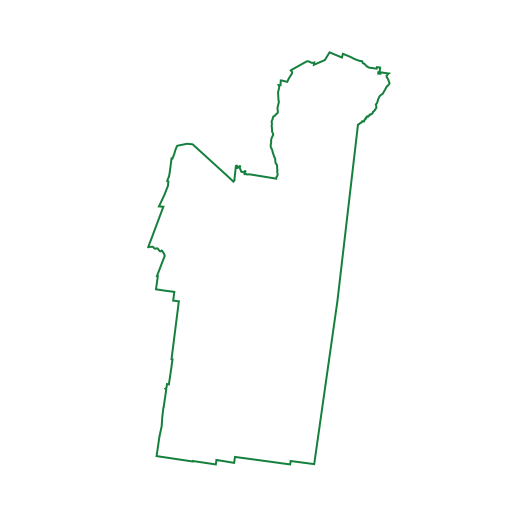 the district of General Pedernera, San Luis, Argentina, rotated 8°
{"feature_id": "61730980B72595291642381", "entity_name": "General Pedernera", "entity_type": "district", "adm_level": 2, "iso_a3": "ARG", "parent_name": "Argentina", "parent_adm1": "San Luis", "projection": "equal_earth", "projection_center": [-65.599, -33.81], "detail": "fine", "context": "isolated", "style": "outline", "palette": "green", "viewbox_px": 512, "rotation_deg": 8, "n_neighbors": 0, "source": "geoboundaries", "source_scale": "gbopen_adm2", "svg_char_len": 5594}
<svg xmlns="http://www.w3.org/2000/svg" viewBox="0 0 512 512"><g transform="rotate(8 256 256)"><path d="M342.6,454.0L342.9,289.5L338.7,111.7L338.8,111.6L339.0,111.5L339.2,111.4L339.4,111.3L339.7,111.0L339.9,110.9L340.0,110.7L340.3,110.3L340.6,110.0L340.8,109.9L341.0,109.7L341.2,109.4L341.7,109.2L341.9,109.1L342.2,108.6L342.3,108.4L342.3,108.1L342.6,108.1L342.9,108.1L343.0,107.8L343.0,107.7L343.6,107.6L344.2,107.6L344.2,107.3L344.3,107.1L344.4,106.8L344.4,106.4L344.5,106.3L344.7,105.9L344.8,105.7L345.2,105.6L345.3,105.5L345.2,105.3L345.2,104.7L345.6,104.4L345.6,104.0L345.8,103.9L346.2,103.6L346.2,103.3L346.2,102.8L346.3,102.7L346.5,102.5L346.6,102.2L346.9,102.1L347.0,102.1L347.3,102.5L347.6,102.5L347.8,102.3L348.3,101.6L348.6,101.1L348.9,100.8L348.9,100.7L348.8,100.3L348.8,100.2L349.0,100.1L349.3,100.2L349.8,100.0L350.0,99.8L350.3,99.4L350.5,99.3L350.8,99.4L351.1,98.9L351.1,98.7L351.4,98.5L351.6,98.2L351.8,97.7L351.9,96.8L352.5,96.3L352.6,96.1L352.8,96.0L353.4,94.9L353.5,94.8L353.5,94.5L353.7,94.3L353.9,93.8L354.2,93.3L354.4,93.1L354.4,92.8L354.5,92.2L354.4,91.6L354.3,91.1L354.2,90.7L353.6,89.5L353.6,89.2L354.0,88.7L354.3,88.2L354.7,87.1L354.8,86.6L354.9,85.9L354.9,85.4L355.0,85.0L355.1,84.1L355.3,83.4L355.5,82.7L355.6,82.0L355.9,81.3L356.2,80.6L356.6,79.9L357.0,79.6L357.5,79.0L358.1,78.4L358.5,77.9L358.9,77.7L359.2,77.2L359.6,75.9L359.8,75.3L360.1,74.7L360.7,73.3L361.0,72.3L361.2,71.8L361.3,71.3L361.6,70.7L361.9,70.1L362.3,69.3L362.6,69.1L363.0,68.8L364.0,67.0L364.2,66.4L363.5,65.0L363.2,64.6L363.1,64.3L362.8,63.8L362.6,63.3L362.0,62.3L360.9,61.1L360.4,60.4L360.2,59.4L360.9,58.5L361.3,57.5L361.8,57.0L362.0,56.8L353.9,56.8L353.9,58.2L351.6,58.3L351.6,56.9L352.8,56.8L352.7,52.1L349.6,52.1L349.4,53.7L341.7,53.7L340.7,53.4L340.2,53.0L339.9,52.9L339.6,52.9L339.4,52.9L339.2,52.7L338.2,51.9L336.9,50.8L336.5,50.5L336.1,50.5L335.5,50.4L335.2,50.3L334.9,50.1L334.7,49.9L334.3,48.6L334.1,48.4L333.2,48.3L332.8,48.3L332.2,48.5L329.8,48.0L328.5,47.8L324.1,46.6L323.5,46.2L321.4,45.6L320.4,45.4L319.9,45.2L316.8,44.4L313.9,43.7L313.5,47.5L300.5,44.1L297.3,51.5L297.0,52.2L296.7,52.5L286.7,58.6L286.7,56.3L286.1,56.6L285.5,56.8L284.4,56.9L284.1,56.9L283.5,56.8L282.0,56.2L281.7,56.0L281.3,56.0L279.5,56.1L279.0,56.3L278.5,56.7L264.6,67.3L266.1,68.7L266.2,70.4L265.2,72.5L263.7,75.9L262.7,79.2L257.0,78.6L256.1,78.7L256.5,83.4L254.6,83.6L255.1,84.3L255.2,84.5L255.4,84.9L255.5,85.3L255.5,85.8L255.1,90.4L255.1,91.2L255.2,91.6L256.5,98.1L256.6,98.5L257.1,99.9L257.2,100.4L257.2,100.8L256.7,105.8L256.7,106.4L256.7,106.8L256.8,107.2L257.6,110.1L257.6,110.6L257.6,111.0L257.4,111.5L257.2,111.7L256.2,112.8L255.9,113.1L255.7,113.6L255.5,114.1L255.3,114.3L254.9,114.7L253.9,115.4L253.8,115.6L253.6,115.9L253.5,116.2L253.4,116.6L253.4,116.8L253.5,117.5L253.5,117.9L253.4,118.3L253.2,118.7L253.1,119.0L252.8,120.6L252.8,120.9L252.9,121.3L253.3,122.4L253.4,122.9L253.4,123.3L253.4,123.8L253.4,125.1L253.4,125.3L253.5,125.5L253.7,126.0L253.8,126.3L254.5,129.8L254.5,130.0L254.6,130.4L254.7,130.7L256.0,132.8L256.1,133.0L256.2,133.4L256.1,133.8L256.0,134.0L255.1,137.0L255.0,137.5L254.8,139.1L254.8,139.4L254.9,139.7L255.1,140.8L255.2,141.1L255.1,144.0L255.2,144.7L255.3,145.5L255.5,146.0L255.7,146.4L257.4,149.0L257.5,149.4L257.7,149.9L257.8,150.3L260.4,155.6L260.6,155.8L261.2,156.5L261.4,156.9L261.5,157.3L262.1,160.2L262.2,160.5L262.4,160.9L262.6,161.3L262.8,161.6L263.0,161.8L263.4,162.2L263.7,162.4L264.0,162.9L264.6,165.0L264.7,165.6L264.8,166.3L264.8,166.6L264.9,167.0L265.2,167.5L265.3,168.0L265.1,168.9L265.2,169.2L265.2,169.4L265.3,169.8L265.5,170.1L265.6,170.5L266.1,172.4L266.1,172.7L266.1,173.1L266.0,173.5L265.9,173.7L265.7,174.1L265.5,174.5L265.3,175.1L265.2,175.8L265.1,176.2L265.2,176.6L238.2,176.0L237.1,176.3L235.6,176.5L235.4,176.3L235.2,176.2L234.9,176.1L234.7,176.1L233.5,176.6L233.3,176.5L233.1,176.3L233.0,176.0L232.9,175.7L233.0,175.5L233.0,175.3L233.6,174.2L233.8,173.9L233.8,173.7L233.7,173.5L233.6,173.4L233.4,173.4L233.1,173.5L232.5,174.3L232.3,174.5L232.0,174.6L230.1,174.7L229.8,174.6L229.5,174.4L229.4,174.2L228.7,172.6L228.6,172.4L228.4,172.2L227.6,171.4L227.5,171.2L227.4,171.0L227.4,170.8L227.7,170.2L227.9,169.7L227.7,169.3L227.6,169.2L227.4,169.2L227.3,169.3L226.7,169.9L226.4,170.4L226.3,170.6L226.0,170.7L225.7,170.8L225.4,171.1L225.1,171.5L224.8,171.5L224.6,171.4L224.4,171.1L224.6,169.4L224.4,169.2L223.9,169.4L223.5,169.7L223.6,170.0L223.6,170.6L224.0,183.6L224.2,183.8L223.3,185.5L215.9,180.3L198.6,168.5L178.1,154.5L178.0,154.4L177.5,154.3L177.1,154.2L172.0,154.5L171.7,154.6L163.0,157.7L162.7,157.8L162.3,158.7L161.5,162.0L161.1,164.4L160.9,166.0L160.5,168.0L159.7,171.2L158.8,171.1L158.9,180.6L158.9,186.1L158.8,189.4L158.7,189.4L157.6,194.2L157.7,194.3L158.9,194.5L159.0,197.7L159.0,199.0L157.7,204.3L156.9,207.9L153.0,220.4L157.4,220.1L150.0,253.5L147.8,263.0L148.4,262.0L149.3,261.8L151.9,261.3L152.6,261.3L153.3,261.7L154.0,262.4L154.5,262.7L155.1,262.8L155.7,262.6L156.4,262.3L156.9,262.2L157.3,262.2L157.8,262.5L159.8,264.4L160.2,264.6L160.5,264.7L161.1,264.6L161.5,264.3L161.8,263.9L161.9,263.7L162.0,263.7L164.4,266.3L165.6,268.5L160.7,289.7L161.6,289.7L161.6,302.9L170.8,303.0L180.1,302.9L180.2,311.7L185.9,311.6L186.4,348.2L186.7,370.0L187.7,370.0L187.7,382.5L187.6,395.3L185.7,395.2L185.7,399.0L184.7,400.0L185.7,400.8L185.6,418.9L185.4,419.1L185.6,428.6L186.3,437.7L185.5,448.5L185.4,468.0L222.0,468.3L222.0,467.8L245.2,468.0L245.2,463.5L246.8,463.5L247.1,463.8L247.4,463.7L247.5,463.5L263.1,463.9L263.2,457.9L301.0,457.7L312.2,457.7L318.8,457.6L318.9,454.2L342.6,454.0Z" fill="none" stroke="#15803d" stroke-width="2"/></g></svg>